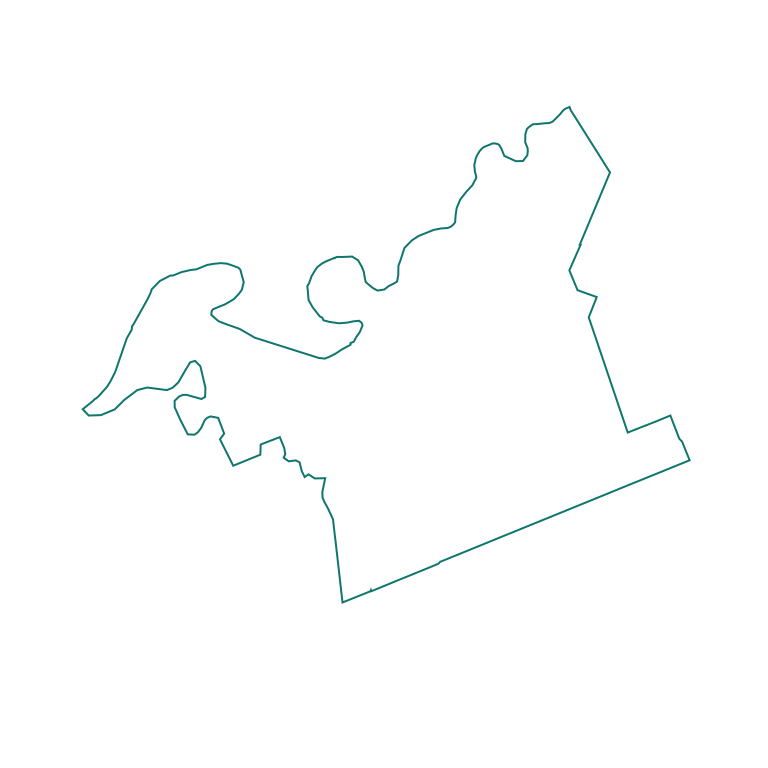 outline of Foni Kansala, West Coast, Gambia, rotated 338°
{"feature_id": "56634734B42615963496738", "entity_name": "Foni Kansala", "entity_type": "district", "adm_level": 2, "iso_a3": "GMB", "parent_name": "Gambia", "parent_adm1": "West Coast", "projection": "albers", "projection_center": [-16.082, 13.232], "detail": "fine", "context": "isolated", "style": "outline", "palette": "teal", "viewbox_px": 768, "rotation_deg": 338, "n_neighbors": 0, "source": "geoboundaries", "source_scale": "gbopen_adm2", "svg_char_len": 3067}
<svg xmlns="http://www.w3.org/2000/svg" viewBox="0 0 768 768"><g transform="rotate(338 384 384)"><path d="M263.7,571.0L294.0,571.1L294.7,570.3L294.7,571.4L322.3,571.2L360.8,571.1L367.2,571.0L369.5,569.9L439.1,569.7L547.7,569.4L567.6,569.3L585.2,569.3L638.8,569.2L638.8,549.1L637.3,545.3L637.7,520.5L624.2,520.6L591.8,520.3L594.9,466.5L597.2,427.3L598.8,398.9L613.8,383.1L598.6,369.5L598.4,348.1L618.4,328.6L617.7,328.2L672.8,272.5L659.7,200.0L659.8,196.6L657.6,196.7L655.0,196.7L652.0,197.7L648.4,199.8L638.7,203.9L637.2,203.9L635.1,204.0L630.5,202.4L623.4,200.4L619.3,198.9L615.2,199.9L612.1,201.0L608.5,205.6L605.5,212.8L605.5,219.0L604.5,222.1L602.5,225.7L596.4,229.3L589.7,226.8L581.0,217.6L581.0,209.9L580.4,205.7L579.4,204.2L577.3,202.7L574.8,201.6L571.7,201.7L568.1,201.7L565.6,201.7L563.5,202.2L560.0,203.8L555.9,206.9L553.8,208.9L551.3,212.6L549.8,214.6L547.8,221.3L547.3,226.0L546.3,228.0L544.7,229.1L540.6,232.7L532.3,236.6L532.0,236.8L523.8,241.5L517.2,248.2L513.6,254.4L510.6,260.6L508.9,261.7L508.0,262.1L505.0,263.2L501.4,263.2L495.3,261.2L487.6,259.7L476.8,259.7L471.2,259.7L463.6,261.3L453.9,265.5L446.2,274.8L441.6,279.9L438.1,288.2L434.5,293.9L432.0,294.4L425.8,294.9L425.3,294.9L419.7,296.5L413.1,295.0L410.0,291.4L407.4,286.8L405.3,282.7L405.8,279.1L407.3,272.4L407.3,266.7L406.3,259.5L402.2,253.9L392.9,250.6L387.8,248.5L384.7,249.0L386.3,248.5L376.1,248.6L371.5,249.1L365.8,250.7L362.8,252.7L357.2,256.9L354.1,260.5L352.1,262.6L349.5,264.6L348.5,268.2L345.5,278.0L346.6,286.3L349.7,297.1L351.7,299.6L351.7,302.2L356.4,305.8L365.1,310.9L373.3,313.4L378.9,314.4L384.5,316.0L386.1,318.5L386.1,321.6L381.0,326.8L375.4,330.4L371.8,333.5L368.2,333.5L367.7,335.1L358.0,336.1L352.6,337.3L350.4,337.7L343.7,338.3L338.6,338.3L333.0,335.2L281.6,292.7L270.8,278.9L262.1,271.2L257.0,266.6L253.9,263.5L249.8,255.3L251.3,252.2L253.3,250.7L256.4,250.6L266.1,250.6L270.2,250.1L276.8,249.0L283.5,245.9L287.6,243.3L290.1,239.7L292.1,237.1L293.6,224.2L292.6,221.7L286.9,216.5L283.3,213.5L278.2,210.9L271.6,208.9L264.9,207.4L259.8,207.4L253.1,207.4L247.5,205.9L238.3,204.4L229.1,204.4L226.5,203.4L214.8,204.5L204.1,209.2L201.5,212.3L197.2,216.2L196.4,216.9L174.5,234.5L172.0,236.1L170.4,239.2L162.8,245.1L139.4,272.0L134.8,276.1L131.2,279.2L126.1,282.9L114.4,288.6L111.3,289.6L110.3,289.6L107.8,290.7L96.0,294.3L95.2,294.5L98.4,302.6L109.8,306.8L124.7,306.7L137.2,301.5L138.3,301.2L153.0,297.2L163.2,298.6L180.4,308.3L186.5,308.3L193.9,305.5L204.1,297.5L212.4,291.3L217.5,291.8L220.4,298.8L217.0,320.6L213.3,329.0L209.1,329.5L197.0,320.2L193.7,318.8L189.6,318.8L183.5,321.2L181.2,327.3L181.8,341.8L183.2,357.2L189.3,360.0L193.4,359.0L198.1,356.2L204.1,350.5L207.3,349.1L211.1,349.1L217.6,353.3L217.2,370.1L211.2,373.9L213.6,403.3L242.9,403.2L247.0,393.9L267.5,394.2L267.5,405.9L266.2,412.0L263.4,414.8L266.7,420.0L273.6,421.8L276.4,425.1L275.1,433.9L275.6,440.5L280.2,439.5L284.4,445.6L294.2,449.3L286.4,461.0L284.5,466.2L284.5,470.9L285.1,475.6L285.5,479.3L286.0,490.5L281.5,506.6L280.0,512.3L263.7,571.0Z" fill="none" stroke="#0f766e" stroke-width="2"/></g></svg>